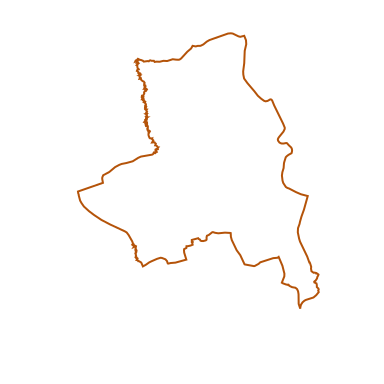 outline of Khukhan, Si Sa Ket, Thailand, rotated 343°
{"feature_id": "78962969B84940154161268", "entity_name": "Khukhan", "entity_type": "district", "adm_level": 2, "iso_a3": "THA", "parent_name": "Thailand", "parent_adm1": "Si Sa Ket", "projection": "mercator", "projection_center": [104.145, 14.701], "detail": "fine", "context": "isolated", "style": "outline", "palette": "amber", "viewbox_px": 384, "rotation_deg": 343, "n_neighbors": 0, "source": "geoboundaries", "source_scale": "gbopen_adm2", "svg_char_len": 5970}
<svg xmlns="http://www.w3.org/2000/svg" viewBox="0 0 384 384"><g transform="rotate(343 192 192)"><path d="M123.3,248.8L126.6,248.1L130.5,246.8L133.1,246.4L139.1,245.7L142.7,245.7L144.0,246.3L146.9,248.6L147.9,250.8L147.9,252.9L148.2,253.5L150.9,253.7L155.5,254.7L166.8,255.0L166.8,247.7L167.3,245.4L167.8,244.3L170.2,243.9L170.9,242.2L172.2,242.6L174.9,242.8L177.2,242.6L177.3,241.0L178.1,240.1L177.9,239.9L177.3,240.3L177.1,240.0L177.8,237.8L184.4,238.0L184.7,238.9L185.7,239.8L185.9,241.0L186.7,241.6L188.4,242.2L191.0,242.3L191.8,242.0L192.1,241.6L192.7,239.5L193.5,238.2L195.5,238.0L199.6,236.4L200.3,236.5L202.2,237.8L205.1,239.2L211.6,240.5L216.5,242.3L217.0,242.6L216.1,246.2L216.0,249.6L217.7,260.8L219.7,266.5L221.1,276.5L221.3,276.7L229.6,281.0L230.3,281.1L234.7,280.2L236.7,279.2L250.3,279.0L254.6,279.9L255.9,279.4L256.9,289.0L256.5,297.1L255.6,299.7L251.4,305.0L252.2,305.9L255.1,308.1L256.0,308.4L256.6,309.0L257.2,308.9L257.7,310.2L259.8,312.2L262.9,313.8L264.1,315.6L264.4,318.0L264.0,320.9L261.3,330.2L261.4,335.2L262.0,333.7L263.3,331.6L265.5,329.8L267.8,328.8L269.3,328.5L277.3,328.4L280.6,327.0L283.9,324.8L283.9,323.0L284.6,322.4L284.7,321.9L284.6,321.2L283.6,319.4L284.2,317.3L284.3,315.8L282.6,314.3L282.6,313.6L283.3,313.1L284.0,313.1L286.3,311.2L287.0,309.9L288.3,308.7L288.8,307.9L288.3,307.2L287.8,306.5L287.0,306.3L287.0,305.7L285.6,304.9L284.7,304.8L283.1,302.7L283.4,300.1L284.1,298.4L284.1,295.5L284.0,293.8L283.6,293.7L283.3,287.4L280.8,271.0L280.8,267.9L281.4,261.5L282.8,257.6L285.5,254.0L286.6,252.0L289.5,247.5L293.9,241.6L301.5,229.7L295.5,226.0L291.4,222.5L285.9,217.1L284.4,216.0L283.2,214.6L281.9,210.1L281.9,207.6L282.8,202.6L284.2,199.5L286.6,195.9L288.4,191.3L289.2,190.0L291.8,186.2L293.0,185.5L295.1,184.7L298.5,184.0L299.3,182.8L299.9,181.4L300.1,180.1L299.9,178.5L298.3,175.7L297.1,173.1L296.4,172.7L293.6,172.4L291.6,171.7L290.1,170.3L289.3,168.0L289.5,166.7L290.1,165.9L291.3,164.9L297.1,161.0L299.1,158.8L299.5,157.6L299.1,153.2L295.9,133.3L295.4,127.9L294.9,126.8L293.9,126.3L290.9,127.0L288.9,126.8L287.6,125.9L285.4,123.0L283.1,119.2L281.1,113.9L276.8,104.0L275.0,98.7L275.4,94.7L276.2,91.6L279.6,84.1L283.7,72.4L287.1,66.5L288.0,62.7L287.6,57.9L283.5,57.7L281.9,56.7L277.3,52.4L275.6,51.6L272.8,51.0L253.2,51.8L250.1,52.5L246.0,54.2L242.9,54.7L240.0,53.9L238.2,53.9L235.3,52.4L233.1,54.5L228.5,56.5L220.7,61.1L219.3,61.6L218.1,61.7L215.5,60.8L212.4,59.4L206.6,59.5L203.0,58.2L199.2,58.0L196.0,56.9L194.3,56.7L193.9,55.4L191.7,54.7L190.6,53.9L189.8,53.9L188.9,54.4L187.7,53.8L184.0,53.2L183.6,52.6L183.5,52.2L181.6,50.7L180.1,50.1L180.0,49.5L179.2,48.8L178.5,49.3L178.6,49.8L179.0,49.9L179.0,50.1L177.8,50.4L178.0,51.2L177.0,50.3L176.8,49.8L176.5,49.9L176.0,50.5L176.6,50.4L177.1,51.5L176.7,52.2L177.1,52.3L177.8,52.1L177.6,53.2L178.1,53.5L176.2,54.5L176.7,54.9L176.3,56.3L176.2,58.2L176.8,58.6L176.9,59.1L176.1,59.0L175.2,59.4L174.7,60.1L175.2,60.5L175.9,62.0L175.4,62.5L175.5,63.1L177.2,63.5L177.3,63.8L177.1,64.7L175.8,65.0L176.5,65.3L175.8,65.6L175.5,66.4L175.6,67.0L175.4,67.8L174.9,68.4L175.6,68.5L176.0,67.6L176.3,67.7L176.4,68.3L176.1,69.2L176.4,70.3L177.3,71.6L178.1,72.2L178.6,73.5L178.6,73.9L177.9,74.5L177.4,76.1L177.8,76.7L178.5,76.6L178.5,77.3L177.7,78.1L177.2,78.0L176.9,78.9L176.4,79.3L178.4,79.8L178.9,80.7L178.4,81.1L177.6,80.2L177.2,80.3L177.7,81.7L177.3,82.0L176.5,81.7L176.2,81.8L175.3,82.7L175.1,84.0L173.8,85.0L173.6,86.0L173.0,85.7L172.5,86.2L172.1,85.7L171.6,86.7L171.7,87.1L172.7,87.7L172.6,88.3L171.7,88.3L171.5,88.5L172.8,88.7L172.4,89.4L172.7,89.8L172.1,90.2L172.5,90.5L172.6,91.3L172.8,91.4L173.1,91.1L173.7,92.0L173.1,92.5L172.6,92.5L173.2,93.2L173.3,94.2L173.6,94.6L173.3,95.4L172.7,95.6L173.3,96.9L172.8,97.5L171.9,97.1L171.7,97.6L172.0,98.3L171.5,98.7L171.9,99.3L172.9,99.8L172.6,100.0L171.9,100.0L172.4,100.8L172.1,101.8L172.4,102.2L171.8,102.8L171.4,102.8L171.3,103.3L171.6,103.6L170.5,103.7L171.5,104.7L171.4,104.9L170.9,105.0L170.8,105.9L171.2,106.1L171.3,107.0L171.1,107.2L170.0,106.9L170.1,107.4L170.8,107.6L169.7,107.9L169.4,108.4L169.8,109.1L170.1,109.2L169.8,109.8L169.3,109.9L168.4,109.6L168.4,110.2L167.7,110.4L167.0,111.0L167.8,111.2L168.0,111.7L168.3,111.2L168.0,110.8L168.2,110.6L168.7,111.6L169.3,112.1L169.1,112.4L167.9,112.3L167.4,112.9L168.2,113.5L168.7,113.3L169.0,112.7L169.2,112.8L169.0,113.6L167.3,114.6L167.3,115.6L167.5,115.7L167.9,115.2L168.2,115.8L168.8,115.4L168.9,115.9L168.4,116.0L168.8,116.5L168.5,118.0L167.8,118.4L167.9,119.0L167.6,119.4L169.2,121.1L169.0,121.3L168.7,121.0L167.9,121.1L167.9,121.6L168.4,121.6L169.1,122.0L167.3,123.7L167.0,125.4L167.2,127.8L167.7,128.5L168.6,128.7L169.0,129.3L169.6,129.2L169.3,129.8L170.1,131.3L168.3,133.0L170.7,133.5L171.0,134.5L171.5,135.2L170.5,136.6L171.1,136.8L172.1,138.2L172.4,139.4L172.7,139.5L172.1,139.9L171.9,140.9L170.8,140.4L169.5,140.7L169.3,141.3L170.1,142.0L169.9,142.6L170.0,143.3L168.6,143.2L168.5,143.9L168.1,144.1L167.6,143.8L167.6,143.0L167.4,142.9L166.7,143.4L166.7,143.8L165.5,144.5L164.7,144.6L153.5,143.2L150.5,143.6L144.3,145.3L137.6,145.1L132.9,144.6L130.4,144.8L125.8,145.7L118.7,148.7L112.0,150.0L110.5,151.8L110.0,153.1L109.5,157.2L83.1,158.2L82.8,160.1L82.9,161.3L82.7,162.1L82.5,167.5L83.1,170.3L84.4,174.3L87.9,180.2L91.5,185.2L97.2,192.2L104.3,199.2L116.3,210.0L117.7,211.6L118.8,214.6L120.4,221.7L120.5,224.1L119.9,224.6L121.0,225.1L121.0,225.4L119.8,225.5L120.0,225.8L120.8,225.8L120.8,226.0L120.3,226.1L121.0,227.0L120.3,227.6L121.2,227.5L121.7,228.0L122.3,227.2L122.6,227.5L122.0,228.5L121.6,229.9L121.1,230.1L121.1,230.3L121.6,230.4L121.7,230.8L121.1,230.8L120.8,231.6L121.1,231.9L121.7,231.5L121.8,231.7L121.4,232.1L121.4,232.5L121.0,232.5L120.9,233.6L120.5,234.0L120.1,233.9L119.9,234.0L120.0,236.2L119.6,236.6L119.4,237.2L119.6,237.4L119.0,237.9L119.5,238.5L119.3,238.9L119.6,239.6L120.4,239.4L120.5,239.6L119.2,240.9L119.7,241.1L119.9,241.5L120.2,241.6L120.4,242.4L120.8,242.4L122.6,244.3L122.9,245.1L123.3,248.8Z" fill="none" stroke="#b45309" stroke-width="2"/></g></svg>